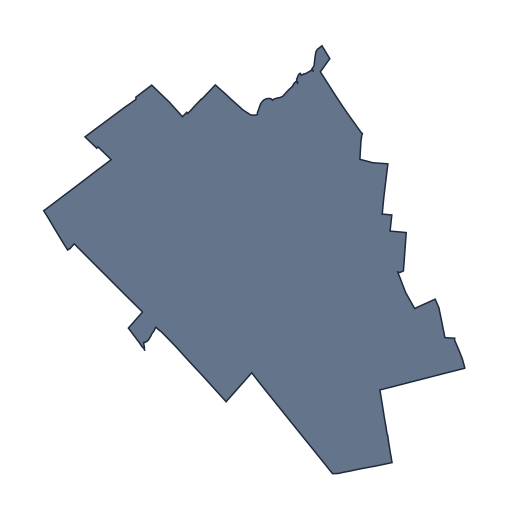 Petrachioaia, Ilfov, Romania (Natural Earth projection), rotated 93°
{"feature_id": "2599482B53954668792561", "entity_name": "Petrachioaia", "entity_type": "district", "adm_level": 2, "iso_a3": "ROU", "parent_name": "Romania", "parent_adm1": "Ilfov", "projection": "natural_earth1", "projection_center": [26.331, 44.59], "detail": "fine", "context": "isolated", "style": "filled", "palette": "slate", "viewbox_px": 512, "rotation_deg": 93, "n_neighbors": 0, "source": "geoboundaries", "source_scale": "gbopen_adm2", "svg_char_len": 4702}
<svg xmlns="http://www.w3.org/2000/svg" viewBox="0 0 512 512"><g transform="rotate(93 256 256)"><path d="M327.7,53.2L327.7,53.6L327.7,54.3L327.7,55.4L327.7,58.6L327.6,62.2L327.6,63.0L326.0,63.5L324.3,63.9L320.4,64.9L318.6,65.4L316.8,65.8L313.7,66.6L310.1,67.5L303.3,69.3L301.0,69.9L299.0,70.4L298.4,70.5L289.7,74.8L296.6,88.1L298.6,92.0L299.6,93.8L300.2,94.4L300.0,94.8L298.3,96.0L284.7,104.6L264.6,113.6L264.8,112.7L265.0,111.5L264.3,110.2L263.2,108.0L249.7,107.7L224.7,107.2L224.1,123.4L207.9,122.5L207.5,132.2L206.8,132.1L206.6,132.1L190.4,131.4L175.6,130.4L174.5,130.3L174.3,130.3L162.5,129.5L157.1,129.1L157.0,130.5L156.9,137.6L156.8,141.0L156.8,142.0L156.7,144.3L154.7,153.9L154.0,157.3L135.4,157.2L134.7,157.1L133.0,156.9L130.4,156.7L129.0,156.5L128.8,156.4L128.7,156.1L128.3,156.1L128.0,156.3L126.5,158.0L124.1,159.9L116.8,165.7L111.6,169.9L110.0,171.1L107.1,173.4L101.9,177.4L91.3,185.2L68.7,201.4L66.6,200.0L56.9,193.8L55.1,192.6L54.7,192.9L54.0,193.4L52.6,194.3L51.3,195.2L50.0,196.1L49.4,196.5L48.6,197.0L48.1,197.4L46.6,198.4L46.2,198.6L45.1,199.4L44.6,199.8L43.7,200.4L42.6,201.1L46.6,205.7L49.2,206.9L52.7,207.3L56.2,207.6L63.2,208.0L66.5,210.1L67.4,209.6L67.6,208.9L68.1,208.7L67.7,210.5L70.4,214.6L71.1,215.7L71.7,218.0L72.1,218.3L73.1,220.3L71.2,221.3L71.3,221.6L72.0,222.4L72.5,222.9L76.3,224.3L77.9,224.7L78.5,224.6L79.2,224.3L81.0,223.4L81.2,223.5L79.9,224.6L79.7,225.0L79.8,225.4L81.4,226.8L81.6,227.1L83.0,227.8L84.4,228.3L86.7,230.4L87.8,231.6L89.2,232.8L91.9,235.1L95.2,237.7L95.9,239.0L96.7,241.0L97.0,242.6L97.3,243.7L98.2,245.9L99.6,247.8L98.8,248.2L98.1,249.5L98.0,251.7L98.4,253.9L99.0,255.0L100.1,256.7L100.6,257.2L103.4,259.2L103.5,259.2L104.0,259.4L104.8,259.6L105.1,259.8L105.3,259.9L109.8,261.1L112.6,262.1L114.6,262.0L114.9,262.4L115.1,262.7L115.1,263.0L115.3,264.1L115.4,264.9L115.4,265.8L115.4,266.7L115.5,267.3L115.5,267.9L115.0,269.4L114.4,270.5L114.0,271.1L110.9,276.5L100.1,289.9L97.5,292.9L94.7,296.3L90.0,302.2L89.0,303.4L87.3,305.5L87.5,305.8L89.2,307.3L90.5,308.3L93.8,311.1L97.0,313.9L98.8,315.4L101.6,317.8L102.3,318.4L102.1,318.7L102.4,319.0L102.6,319.3L104.6,320.9L107.5,323.4L109.1,324.8L111.5,326.8L112.9,327.9L115.4,330.0L117.3,331.7L116.1,332.7L118.5,334.8L120.1,336.2L120.7,336.7L110.4,347.1L107.9,349.6L107.3,350.1L106.7,350.8L104.8,353.0L100.3,358.2L93.0,366.6L90.8,369.1L94.7,373.7L96.7,376.1L98.1,377.8L99.1,378.9L100.0,379.9L100.8,380.9L102.4,382.8L103.7,384.3L104.3,384.3L105.0,384.1L105.8,384.0L106.1,384.3L106.3,384.4L107.5,386.2L109.0,388.0L114.7,395.3L123.8,406.3L133.8,418.3L136.8,422.0L146.0,433.0L156.7,420.6L155.3,419.5L164.0,409.5L167.4,405.7L182.0,423.1L187.6,429.6L196.4,440.0L205.1,450.4L217.7,465.3L221.4,469.8L221.8,470.4L224.1,468.8L227.4,466.5L234.4,461.8L237.5,459.8L251.2,450.5L251.5,450.3L252.4,449.7L256.9,446.5L259.9,444.5L259.6,444.0L259.0,443.4L258.7,442.9L258.4,442.7L258.5,442.5L258.6,442.3L257.6,441.5L256.2,440.4L253.7,438.5L253.5,438.0L263.2,427.3L265.3,425.0L276.5,412.6L287.5,400.3L289.2,398.5L301.6,384.7L309.3,376.0L317.0,367.3L318.0,366.5L334.7,379.7L338.7,376.3L341.1,374.4L344.2,371.7L347.3,369.2L348.3,368.3L349.7,367.2L352.5,365.1L352.7,364.9L354.1,363.2L356.5,362.1L354.6,362.6L353.8,362.6L352.5,362.7L350.5,363.3L348.9,363.6L348.2,363.6L348.2,363.1L348.2,362.5L347.9,362.0L347.0,360.5L346.1,359.6L345.1,358.7L344.1,358.2L343.2,357.8L342.0,357.1L341.0,356.7L340.0,356.3L339.1,355.9L338.1,355.3L336.8,354.4L336.4,354.1L336.0,353.9L335.5,353.6L334.7,353.4L333.9,353.1L332.8,352.6L332.4,352.3L335.6,348.3L335.8,347.5L338.6,344.4L348.7,333.5L350.3,331.8L352.4,329.6L356.4,325.6L359.5,322.5L359.9,322.1L361.1,320.8L363.8,318.2L379.6,301.8L381.6,299.8L403.1,278.2L402.9,278.1L394.4,271.3L372.9,254.2L373.3,253.8L377.7,250.0L388.1,240.9L401.8,228.6L420.4,212.0L431.2,202.3L434.7,199.2L446.2,188.8L450.7,184.8L452.7,183.0L461.2,175.4L465.2,171.9L469.2,168.3L469.4,168.1L469.4,167.9L469.4,167.5L469.4,167.4L469.3,167.0L469.2,166.8L469.1,164.6L469.0,164.1L468.8,162.0L468.4,160.6L467.4,157.3L466.2,152.3L466.0,151.4L465.8,150.6L463.8,143.4L460.4,129.4L459.2,124.3L458.8,122.9L455.2,109.3L452.3,110.0L449.3,110.6L447.4,111.1L445.6,111.5L443.2,112.0L440.9,112.5L436.1,113.6L433.9,114.0L430.7,114.6L428.6,115.0L428.0,115.1L427.6,115.3L427.1,115.7L426.3,115.9L425.0,116.2L422.0,116.8L419.9,117.2L414.9,118.4L408.7,119.8L406.7,120.2L405.2,120.5L402.4,121.1L397.6,122.1L396.7,122.3L395.6,122.5L394.5,122.8L392.8,123.2L392.6,123.2L384.3,125.0L383.3,125.3L383.1,124.7L378.1,108.6L377.1,105.4L374.7,97.8L373.0,92.5L373.0,92.3L364.3,64.7L359.6,49.5L357.8,43.7L357.2,41.7L356.9,41.6L348.3,44.4L342.5,47.0L339.1,48.6L334.6,50.8L329.6,53.3L329.0,53.3L327.7,53.2Z" fill="#64748b" stroke="#1e293b" stroke-width="1.5"/></g></svg>